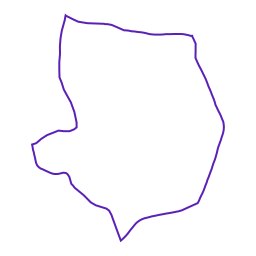 outline of Sibah, Abyan, Yemen
{"feature_id": "15242507B86075085818798", "entity_name": "Sibah", "entity_type": "district", "adm_level": 2, "iso_a3": "YEM", "parent_name": "Yemen", "parent_adm1": "Abyan", "projection": "natural_earth1", "projection_center": [45.411, 13.815], "detail": "fine", "context": "isolated", "style": "outline", "palette": "violet", "viewbox_px": 256, "rotation_deg": 0, "n_neighbors": 0, "source": "geoboundaries", "source_scale": "gbopen_adm2", "svg_char_len": 2471}
<svg xmlns="http://www.w3.org/2000/svg" viewBox="0 0 256 256"><path d="M111.6,24.9L107.2,24.1L104.9,24.1L104.1,23.8L87.4,23.2L78.2,21.7L73.0,19.3L69.7,17.6L66.2,15.9L65.6,15.4L65.2,17.4L64.8,19.9L61.8,30.7L60.5,38.5L60.3,41.2L59.9,46.4L60.0,54.1L59.3,62.0L59.3,63.8L59.3,69.9L59.5,77.4L61.6,82.5L63.8,89.5L67.0,95.4L70.9,102.4L74.4,112.1L76.6,122.6L76.6,127.4L74.0,129.4L69.5,131.2L63.9,131.2L58.5,130.6L53.5,132.6L51.4,133.4L47.1,135.1L41.5,138.7L36.2,143.2L32.1,144.5L32.6,147.0L33.0,149.7L33.8,152.4L34.3,155.0L35.0,157.7L35.5,160.3L36.1,162.9L37.1,165.3L38.7,167.1L40.6,168.5L42.7,169.3L45.3,170.6L47.6,171.6L49.7,172.6L52.2,173.5L52.6,173.7L54.6,174.0L57.1,174.0L58.2,173.9L60.5,173.4L63.4,172.7L65.9,173.0L66.0,173.1L67.4,174.0L69.3,176.8L70.5,180.9L71.3,183.8L71.5,184.0L73.3,185.9L74.7,187.8L83.6,195.1L86.3,197.8L90.8,202.4L95.8,205.3L102.2,207.3L106.4,208.6L109.1,210.6L111.4,214.8L111.5,215.1L115.4,225.9L116.3,228.4L120.8,240.6L121.7,239.9L123.6,238.1L125.5,236.2L127.6,233.8L129.2,231.7L130.6,229.8L132.2,227.9L134.3,225.3L136.1,223.2L138.0,221.6L139.9,220.3L142.3,219.1L144.5,218.3L146.9,217.7L149.3,217.1L151.7,216.4L153.9,216.0L156.4,215.5L159.0,214.9L161.3,214.5L164.0,214.0L166.4,213.5L168.6,213.2L171.4,212.7L173.6,212.3L176.3,211.7L178.6,211.3L180.1,210.8L181.4,210.5L197.7,203.1L199.0,200.7L200.0,198.2L201.1,195.8L202.4,193.3L203.5,190.8L204.6,187.9L205.4,185.6L206.6,182.7L207.4,180.0L208.4,177.7L209.6,174.4L210.7,171.4L211.7,168.9L212.5,166.1L213.5,163.1L214.5,160.6L215.3,158.3L216.1,155.5L216.9,152.7L217.6,149.5L218.3,147.0L219.3,144.3L220.8,140.2L221.6,137.5L222.4,135.2L223.2,132.5L223.7,129.9L223.9,127.0L223.7,124.5L223.3,121.8L222.2,119.3L221.2,116.7L220.2,114.4L219.0,112.1L217.8,109.7L216.7,107.3L215.5,104.9L214.8,102.2L213.9,99.5L212.9,97.0L211.9,94.7L211.6,93.9L211.1,92.4L209.9,89.5L208.6,86.7L207.7,84.2L206.7,81.5L205.6,78.8L205.4,78.4L204.5,76.5L203.4,74.3L202.0,71.4L200.5,68.5L198.9,65.5L197.9,63.3L196.6,60.5L195.5,57.9L195.5,55.2L195.6,52.4L195.6,49.7L195.6,46.6L195.6,46.0L195.7,43.8L193.4,38.7L192.4,36.8L192.2,35.8L191.0,35.9L188.5,35.2L186.2,34.7L183.6,34.2L180.9,34.0L178.4,34.0L176.0,34.0L173.6,34.0L171.1,34.1L168.5,34.1L166.0,34.1L163.8,34.4L160.7,34.6L157.6,34.6L154.8,34.6L152.3,34.4L149.5,34.1L146.8,33.4L144.3,32.8L144.2,32.8L141.4,32.3L139.1,32.1L137.3,31.9L136.6,31.8L134.1,31.4L131.7,31.3L129.0,30.7L126.5,30.4L124.9,30.3L124.1,30.3L111.6,24.9L111.6,24.9Z" fill="none" stroke="#5b21b6" stroke-width="2"/></svg>